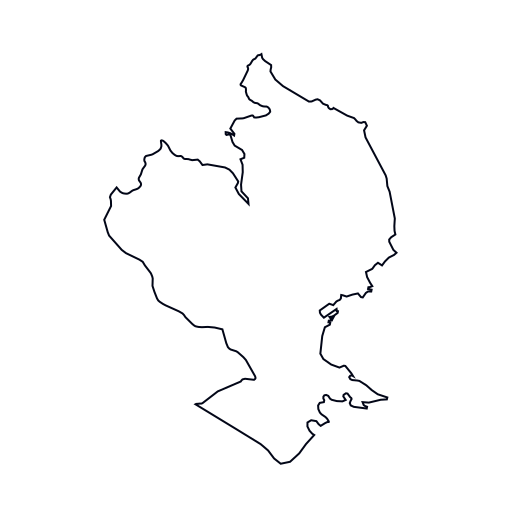 an SVG outline of Guanacaste, rotated 191°
{"feature_id": "CRI-1334", "entity_name": "Guanacaste", "entity_type": "Province", "adm_level": 1, "iso_a3": "CRI", "parent_name": "Costa Rica", "parent_adm1": "", "projection": "albers", "projection_center": [-85.354, 10.467], "detail": "fine", "context": "isolated", "style": "outline", "palette": "ink", "viewbox_px": 512, "rotation_deg": 191, "n_neighbors": 0, "source": "natural_earth", "source_scale": "10m", "svg_char_len": 5417}
<svg xmlns="http://www.w3.org/2000/svg" viewBox="0 0 512 512"><g transform="rotate(191 256 256)"><path d="M192.1,56.8L199.6,60.7L207.0,67.4L215.5,72.2L242.1,82.2L277.7,95.4L287.1,98.9L286.5,99.4L284.6,99.9L283.0,100.4L281.9,100.6L281.2,100.8L280.3,101.5L267.7,115.8L247.0,129.9L246.5,131.1L245.7,132.3L243.3,133.4L234.3,134.1L233.4,135.2L233.2,135.8L233.3,136.5L233.9,137.7L234.2,138.1L246.1,152.0L249.1,154.3L255.6,158.1L257.2,158.7L263.1,159.4L263.8,159.7L264.4,159.9L265.0,160.3L266.2,161.2L268.5,164.7L275.0,177.6L282.9,177.9L289.8,177.2L295.5,175.8L298.8,175.4L300.5,175.4L302.2,175.5L303.7,176.1L305.7,177.2L313.6,182.5L315.5,184.4L317.2,185.6L321.3,187.0L335.3,190.3L338.2,191.2L341.8,192.7L343.5,193.7L345.1,195.5L348.9,201.5L351.9,206.9L353.1,214.2L353.9,216.0L355.4,218.3L356.2,219.3L363.3,225.6L366.1,228.7L369.8,230.2L384.2,234.0L389.0,236.4L404.1,248.0L406.1,251.1L411.9,262.6L407.8,277.4L408.9,282.4L409.6,284.2L410.0,284.8L410.6,285.9L410.2,288.6L405.9,296.7L401.8,293.3L400.6,292.8L399.1,292.3L397.8,292.2L395.8,292.3L394.7,292.5L393.8,292.8L392.3,293.9L390.0,296.4L389.0,297.2L386.6,298.5L385.0,299.5L383.9,300.7L383.2,301.8L382.7,302.7L382.5,303.5L382.5,304.3L382.7,305.0L383.0,305.6L383.4,306.1L385.3,307.9L385.6,308.5L385.8,309.2L385.9,309.9L385.8,310.6L384.6,314.1L384.0,319.3L383.7,320.1L382.1,323.5L381.9,324.4L381.9,325.1L382.1,325.8L382.4,326.4L382.7,326.9L383.6,327.9L383.9,328.7L384.1,329.7L384.0,331.6L383.5,332.5L383.0,333.2L377.9,335.5L376.8,336.2L372.0,340.4L370.8,342.0L370.1,343.2L369.9,344.8L369.8,345.6L370.1,347.2L371.1,350.0L371.3,351.1L370.8,351.5L370.2,351.5L369.5,351.4L368.8,351.2L366.4,349.8L364.3,348.2L363.3,347.3L360.1,343.2L358.1,341.5L357.6,341.1L355.2,339.8L353.8,339.3L353.1,339.1L352.2,339.1L351.2,339.2L349.8,339.6L349.4,339.7L348.8,339.8L348.0,339.6L347.4,339.3L346.9,339.0L345.9,338.1L345.3,337.8L344.6,337.7L343.9,337.7L342.4,338.0L340.7,338.2L339.9,338.1L339.1,338.0L336.9,337.9L331.6,339.5L330.4,338.8L329.4,338.3L325.9,335.1L321.2,336.7L303.3,337.0L298.6,335.7L294.4,332.8L287.7,325.8L287.7,324.2L289.3,319.3L284.7,313.6L273.3,305.7L274.9,311.1L282.6,316.7L284.3,323.2L285.0,335.7L286.6,343.0L289.7,348.0L286.3,350.2L286.8,353.9L289.9,357.4L298.0,360.3L300.8,363.4L304.3,370.1L306.0,370.1L308.1,369.2L309.0,369.9L309.4,371.8L307.1,371.9L304.7,371.6L302.5,371.0L300.5,370.1L300.5,371.8L305.5,376.2L302.8,384.9L301.3,387.1L295.5,388.5L294.2,389.0L287.3,393.0L286.1,393.3L285.6,393.1L285.1,392.6L284.7,392.2L284.2,391.7L282.4,391.9L279.6,392.8L273.1,395.9L270.7,398.2L269.6,400.3L270.1,401.8L270.9,403.0L272.0,403.9L273.1,404.5L274.2,404.7L276.7,404.3L277.5,404.3L278.3,404.3L280.7,404.8L281.3,405.1L282.5,405.7L283.1,406.0L283.9,406.2L286.4,406.1L287.9,406.5L289.6,407.5L291.7,408.2L292.3,408.5L292.8,408.9L293.9,410.5L295.4,411.8L296.1,413.0L296.4,413.6L296.7,414.2L297.3,415.4L297.5,417.0L297.9,418.5L298.2,419.1L298.8,419.5L299.5,419.7L303.3,420.6L303.8,421.1L303.9,421.8L303.2,423.4L302.2,426.2L299.5,436.5L299.4,438.1L299.8,439.2L300.5,440.1L300.6,440.7L300.4,441.2L298.9,442.4L298.3,443.2L297.8,444.4L297.0,446.7L296.4,447.9L295.8,448.6L295.1,449.0L294.3,449.7L292.6,453.2L292.0,453.6L291.4,453.7L289.9,454.5L289.2,455.2L287.8,451.8L286.7,450.6L284.3,449.1L277.6,446.3L277.1,444.2L277.2,441.7L277.0,439.9L270.7,432.9L261.9,427.9L233.5,417.7L230.9,418.3L227.2,420.9L225.5,421.6L222.9,421.0L219.3,418.3L216.4,417.7L214.7,417.6L214.1,417.2L213.8,416.3L212.8,415.1L211.0,414.3L209.4,414.7L208.4,415.5L208.2,416.1L193.3,411.2L186.1,410.1L184.5,409.0L183.1,407.8L181.0,406.7L178.0,406.8L176.1,408.0L174.3,408.2L172.0,405.0L173.9,400.0L171.1,393.3L144.1,359.9L142.5,356.9L140.4,349.7L137.1,344.6L126.9,319.3L125.9,311.7L124.8,307.1L123.3,303.7L126.9,300.2L128.4,297.6L127.9,295.4L122.3,288.2L118.7,286.0L120.7,283.4L125.3,279.8L128.4,275.2L130.5,270.8L135.0,272.6L137.5,269.7L139.4,265.6L145.0,261.3L142.9,256.5L138.9,251.5L136.1,248.6L137.8,247.5L138.5,247.1L139.7,246.8L139.7,245.0L136.1,245.0L136.1,243.1L139.2,242.6L141.1,240.7L143.3,235.7L145.1,235.7L148.8,238.7L154.0,236.5L159.3,233.5L163.3,234.0L164.9,234.0L164.6,230.5L165.5,228.8L167.0,227.9L168.4,226.7L170.8,222.5L171.8,222.7L175.0,223.1L183.0,214.7L182.4,212.5L181.0,210.8L177.6,208.4L166.8,219.4L166.5,218.5L166.5,217.7L166.3,217.3L165.0,217.4L165.0,215.7L168.0,212.4L169.9,211.0L172.2,210.2L170.4,208.4L170.1,208.6L169.8,209.2L169.2,209.7L168.4,210.2L169.1,208.0L169.2,207.2L172.2,206.4L172.2,204.7L170.4,204.7L170.4,202.7L174.8,199.2L175.7,190.1L174.2,172.4L170.2,167.7L161.5,163.8L152.8,162.4L148.8,165.1L147.3,165.1L140.0,159.0L137.9,156.7L139.1,157.1L140.7,156.4L141.4,154.9L139.9,153.1L137.9,152.6L132.8,153.1L130.7,153.1L123.0,150.1L116.9,146.5L110.1,143.5L100.1,142.2L100.2,140.2L106.1,138.7L117.3,133.6L123.5,132.9L122.5,131.3L121.8,130.2L120.5,129.6L118.2,129.2L118.2,127.4L131.2,126.6L134.5,127.4L135.9,129.5L135.5,131.9L134.9,133.9L135.4,134.8L136.5,135.3L139.9,138.4L141.5,138.4L143.5,136.4L143.5,134.8L140.5,131.8L143.4,129.8L149.0,129.0L154.3,129.3L156.1,130.1L158.4,132.5L160.6,133.0L162.3,132.3L163.0,130.8L162.7,129.0L161.5,127.5L161.5,125.5L165.4,124.0L166.5,121.1L165.6,117.6L163.4,114.5L161.5,113.1L157.1,111.2L155.2,109.9L153.0,107.5L153.0,106.9L154.3,106.6L156.1,105.3L160.1,101.6L162.5,102.9L165.2,105.4L170.5,105.3L173.7,102.4L173.0,98.5L170.1,94.7L166.9,92.3L164.7,91.4L171.0,81.0L175.9,70.5L183.3,60.5L192.1,56.8Z" fill="none" stroke="#020617" stroke-width="2"/></g></svg>